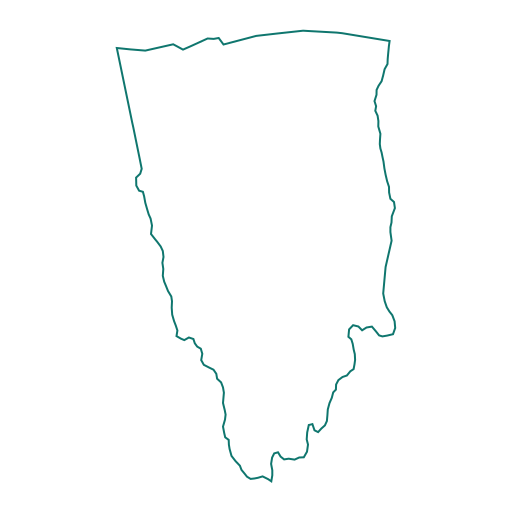 the district of Novo Horizonte, Bahia, Brazil
{"feature_id": "56859067B30979623458140", "entity_name": "Novo Horizonte", "entity_type": "district", "adm_level": 2, "iso_a3": "BRA", "parent_name": "Brazil", "parent_adm1": "Bahia", "projection": "equal_earth", "projection_center": [-42.118, -12.867], "detail": "fine", "context": "isolated", "style": "outline", "palette": "teal", "viewbox_px": 512, "rotation_deg": 0, "n_neighbors": 0, "source": "geoboundaries", "source_scale": "gbopen_adm2", "svg_char_len": 2390}
<svg xmlns="http://www.w3.org/2000/svg" viewBox="0 0 512 512"><path d="M389.6,41.0L342.2,33.2L336.8,32.6L308.1,31.0L303.1,30.7L277.3,33.5L256.2,35.9L223.5,44.5L218.7,38.0L213.7,38.9L207.6,38.5L190.3,46.4L183.0,49.6L177.5,46.6L173.2,44.3L145.3,50.6L130.4,49.4L116.8,48.0L132.2,122.5L133.4,127.9L135.8,139.7L139.6,158.3L141.7,168.8L140.2,173.7L136.1,177.6L136.3,185.6L139.1,190.7L142.9,191.8L144.1,196.2L145.3,202.8L147.1,209.1L148.7,214.4L150.6,218.6L152.0,225.6L151.0,234.0L154.9,239.0L157.2,241.8L160.7,246.5L162.8,251.0L163.5,257.0L162.4,262.8L163.3,269.0L162.8,275.8L164.2,281.7L165.8,285.5L168.0,291.0L171.3,296.5L172.0,301.2L171.7,307.7L172.2,314.7L174.1,321.2L175.8,325.6L177.4,330.5L176.5,336.1L181.0,338.7L184.3,340.1L188.9,337.5L193.4,339.0L194.8,343.3L197.2,346.6L200.8,348.7L202.3,353.8L201.2,360.1L203.8,364.8L209.0,367.5L213.5,369.7L216.3,373.8L217.1,378.7L221.1,382.4L223.0,387.4L223.9,392.7L223.0,403.0L224.8,410.4L225.6,414.6L225.0,419.6L223.0,426.6L224.2,433.0L225.2,437.3L228.7,439.9L228.9,444.7L229.6,449.0L231.5,455.9L235.6,461.2L239.9,465.7L241.5,469.9L244.4,473.4L247.0,476.7L250.6,478.9L254.3,478.5L257.9,477.8L262.6,476.4L268.2,479.2L271.3,481.3L272.3,475.3L272.3,470.3L271.1,463.9L272.1,457.6L274.2,453.4L278.0,452.3L280.6,456.6L284.1,459.4L288.7,458.7L294.6,459.6L299.2,457.5L303.8,457.3L307.0,451.7L308.0,444.6L306.7,439.4L307.2,432.4L308.8,425.0L312.4,424.1L314.5,430.3L318.1,432.1L321.4,428.5L324.9,425.4L326.9,421.0L327.4,415.3L327.8,409.4L329.5,403.1L331.8,397.8L333.2,392.4L335.9,389.6L336.1,384.5L338.4,380.1L342.5,377.0L346.9,375.5L350.3,371.3L353.6,369.1L354.5,364.3L355.1,359.9L354.8,354.1L353.7,349.6L352.7,343.8L351.3,339.3L348.4,336.8L349.1,329.4L353.1,325.2L358.4,326.5L362.1,330.3L366.5,327.5L371.9,326.6L375.8,331.2L379.1,335.4L382.4,336.4L387.1,335.6L393.0,334.2L395.2,328.0L394.6,321.3L392.3,315.2L389.4,311.5L386.8,307.3L384.7,301.2L383.2,293.5L385.6,267.0L391.6,240.7L390.4,232.1L390.4,227.2L391.5,222.5L391.8,216.3L394.9,208.1L394.0,202.0L390.4,198.8L389.1,192.5L389.0,186.9L387.1,181.1L385.6,174.7L384.4,168.4L383.5,161.6L382.5,157.0L381.6,152.5L380.4,148.5L379.8,144.1L380.0,139.5L380.4,133.8L378.3,126.5L378.4,121.1L377.6,115.7L375.3,110.8L376.1,106.2L374.5,101.1L376.5,94.8L376.6,89.9L378.6,85.7L381.6,81.2L383.1,75.7L384.6,69.2L387.5,64.0L387.7,58.9L388.2,53.3L388.9,46.1L389.6,41.0Z" fill="none" stroke="#0f766e" stroke-width="2"/></svg>